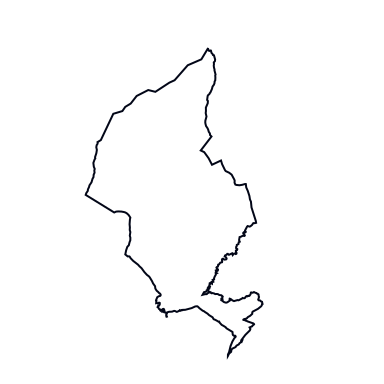 Buyant, Hovd, Mongolia (Equal Earth projection), rotated 111°
{"feature_id": "93677404B7788562092433", "entity_name": "Buyant", "entity_type": "district", "adm_level": 2, "iso_a3": "MNG", "parent_name": "Mongolia", "parent_adm1": "Hovd", "projection": "equal_earth", "projection_center": [92.174, 47.985], "detail": "fine", "context": "isolated", "style": "outline", "palette": "ink", "viewbox_px": 384, "rotation_deg": 111, "n_neighbors": 0, "source": "geoboundaries", "source_scale": "gbopen_adm2", "svg_char_len": 6053}
<svg xmlns="http://www.w3.org/2000/svg" viewBox="0 0 384 384"><g transform="rotate(111 192 192)"><path d="M306.2,186.3L308.6,185.6L308.1,184.9L308.3,183.9L307.1,183.1L307.1,182.4L308.1,181.9L309.4,181.9L310.2,182.2L310.4,182.8L311.8,182.9L312.1,181.9L313.0,180.9L313.0,179.9L313.9,179.3L314.1,178.6L313.6,178.6L311.6,177.2L311.3,176.6L311.6,176.0L312.7,175.2L313.1,175.6L313.8,175.8L313.6,176.4L314.3,176.5L314.1,175.8L314.3,174.7L313.9,173.2L314.3,172.8L314.3,172.4L316.2,172.0L317.4,171.3L317.2,170.9L318.1,170.1L316.2,171.8L315.5,172.0L313.3,171.9L312.6,171.3L311.9,170.2L310.9,167.8L309.4,166.1L309.2,165.0L309.4,163.4L308.9,162.6L307.6,161.6L307.4,161.0L306.8,161.0L306.9,160.1L306.6,159.8L306.1,159.7L306.1,159.3L305.8,159.1L305.8,158.7L305.4,158.5L305.1,158.0L305.1,157.3L304.7,156.9L304.4,156.1L300.5,150.7L297.7,148.0L296.9,146.4L296.8,145.9L297.1,145.0L297.8,143.5L299.0,139.5L299.0,138.2L299.4,136.9L300.0,133.9L300.8,132.0L301.6,127.9L303.0,126.2L303.0,124.5L303.4,121.5L303.6,120.9L303.6,120.5L303.3,120.1L304.0,119.5L305.4,116.7L305.7,114.5L306.2,112.1L306.9,111.0L308.1,104.3L308.2,104.0L310.3,103.0L310.9,102.4L311.2,101.1L310.9,100.7L311.1,100.4L310.8,100.0L311.1,99.5L311.7,99.4L313.3,100.1L317.1,100.7L322.0,100.8L328.3,100.0L330.8,100.2L332.2,99.7L331.6,99.6L331.1,99.8L326.9,98.7L327.4,98.3L327.2,98.2L325.3,98.6L323.9,98.3L321.2,95.8L319.5,95.4L317.5,93.7L316.3,93.5L315.0,92.7L314.3,92.6L314.3,92.0L312.3,91.9L312.4,92.3L313.2,92.8L312.8,92.9L306.3,91.0L300.5,88.4L298.9,88.4L297.8,89.7L295.8,87.7L295.0,87.6L293.3,86.6L293.1,86.7L292.7,87.6L292.9,94.0L292.7,94.9L292.9,96.0L292.6,97.2L293.0,98.1L292.7,98.3L291.9,97.7L291.2,96.5L290.2,95.5L288.9,95.1L286.8,93.4L284.2,92.1L282.7,92.6L281.9,92.4L277.4,88.5L273.6,86.3L273.8,85.9L273.4,86.2L271.8,86.4L271.1,86.5L271.0,86.2L269.4,87.3L269.4,88.5L268.9,89.3L269.2,90.9L268.8,91.6L266.0,91.8L265.2,92.5L263.8,93.2L263.5,94.1L263.7,94.5L263.2,95.7L263.4,96.6L263.2,98.3L264.3,99.2L264.5,100.6L264.8,101.0L266.5,100.7L268.4,101.2L268.8,101.8L268.7,102.2L269.6,103.0L269.4,103.3L269.5,103.6L270.4,104.3L271.9,104.6L272.3,104.9L272.8,106.1L272.8,106.8L273.5,107.1L276.2,109.5L276.5,109.9L276.6,110.8L278.8,113.7L278.7,115.6L278.4,116.3L278.6,117.0L278.0,117.5L278.1,118.6L278.5,118.6L279.2,118.1L279.1,117.8L279.7,117.7L282.2,119.4L282.8,120.0L283.2,120.9L283.3,122.6L282.7,124.9L281.8,125.6L282.3,125.6L282.4,125.9L281.5,126.2L281.5,125.6L281.7,125.0L281.6,124.9L280.9,125.4L279.5,125.8L279.3,126.2L278.5,126.0L277.9,127.5L278.4,129.7L278.1,130.7L278.2,132.0L279.0,133.8L278.8,134.9L279.0,136.7L279.5,137.3L279.4,138.2L278.9,138.7L279.3,139.0L279.4,139.7L278.9,140.2L278.6,140.9L280.1,140.4L280.8,141.1L282.0,141.6L282.4,142.3L282.5,142.9L284.2,145.3L281.2,144.9L280.2,143.4L279.4,142.9L278.5,143.1L277.6,142.4L276.1,142.9L275.1,142.7L275.1,142.4L276.4,141.5L276.0,141.2L274.0,141.3L274.2,142.1L273.8,142.4L273.1,142.1L272.1,142.5L271.6,142.2L271.2,142.7L270.8,142.8L270.4,142.4L270.2,141.4L270.4,140.5L270.1,140.6L269.0,141.6L268.8,141.5L268.2,139.9L267.0,140.4L266.6,141.1L265.5,140.1L264.7,140.5L262.6,140.5L261.3,140.2L259.6,140.3L259.0,139.8L258.9,140.9L257.9,140.6L257.3,141.4L256.7,141.7L256.4,141.3L256.7,140.3L256.2,139.8L255.6,139.8L255.0,140.0L254.5,141.4L253.8,142.1L253.3,142.0L252.3,141.1L250.5,141.5L250.1,140.9L247.9,140.3L246.8,138.8L246.1,138.9L244.5,139.8L243.6,139.7L243.1,139.1L243.6,137.7L242.7,136.0L242.3,135.8L241.8,135.8L241.2,136.3L240.6,137.2L240.4,138.4L239.4,138.4L238.3,137.3L237.1,136.9L236.9,136.3L237.3,135.6L237.4,135.0L234.9,132.6L236.3,131.4L234.4,130.7L234.0,129.8L234.3,129.0L234.0,128.6L233.6,128.4L232.9,128.6L232.2,129.5L231.1,130.0L230.1,129.2L229.1,129.2L228.9,129.6L228.9,130.5L227.6,131.1L226.3,130.9L225.3,131.2L224.0,130.0L222.2,130.4L221.3,129.6L220.1,130.8L217.0,131.4L216.3,130.4L214.6,128.9L214.3,127.4L213.8,127.1L212.6,128.2L212.3,129.3L211.8,129.5L210.8,129.1L210.5,128.7L210.5,127.7L210.1,127.5L209.8,127.6L209.4,128.6L208.9,128.7L204.8,128.2L203.9,127.9L203.6,125.7L203.1,125.2L201.4,124.2L199.1,123.6L198.6,122.2L197.8,121.1L196.1,122.1L185.1,130.9L179.9,133.5L178.2,135.2L175.1,137.0L171.0,140.3L168.3,143.0L165.3,144.6L165.5,145.3L167.3,147.7L168.7,150.1L169.5,153.1L169.5,154.2L168.1,155.6L166.2,156.2L165.3,156.9L161.6,161.2L160.7,164.2L160.4,168.0L159.8,169.0L155.2,173.9L152.2,176.2L159.4,183.1L154.5,188.6L150.4,194.9L150.1,198.7L133.2,193.7L132.3,195.6L130.9,196.3L129.8,197.9L127.8,199.4L126.7,200.6L125.4,202.5L123.6,203.8L122.4,204.5L120.6,205.1L116.4,205.5L113.4,207.5L111.4,208.0L108.2,209.3L103.5,209.1L101.3,209.8L100.6,210.9L96.7,211.8L95.6,211.6L94.5,210.9L93.2,210.8L92.6,210.5L88.7,210.3L86.2,210.6L84.0,210.0L82.4,210.0L80.7,210.5L79.5,210.3L77.0,211.1L74.8,212.1L73.9,212.1L70.4,214.6L69.5,214.9L67.9,216.1L66.2,217.0L64.8,217.3L63.2,218.1L61.6,217.5L60.0,217.9L56.5,220.5L56.6,221.5L55.9,222.1L55.1,223.7L53.2,225.0L53.3,225.6L54.1,226.4L54.0,227.0L52.8,228.3L51.8,228.5L64.8,230.8L75.2,241.4L93.9,248.3L98.0,252.3L111.6,262.1L112.5,269.4L122.2,278.1L131.4,280.9L136.4,284.8L141.4,286.0L147.2,293.5L176.2,295.7L179.3,298.1L180.0,297.6L181.3,297.5L182.4,297.8L184.5,297.4L186.8,295.9L190.1,295.2L194.2,295.0L195.4,294.3L196.5,294.6L200.2,294.5L203.6,292.7L205.3,291.1L206.9,290.9L208.9,289.9L211.1,290.0L213.5,289.3L215.2,289.6L219.0,289.3L222.5,290.1L224.3,289.9L226.8,290.1L228.3,289.7L230.9,290.3L232.8,290.2L239.0,257.3L237.5,255.8L236.6,254.0L235.6,251.0L235.1,248.4L235.0,247.0L235.2,245.4L236.1,243.1L237.1,241.6L238.0,240.4L239.9,240.1L244.5,238.7L247.3,237.3L249.8,236.5L251.5,235.2L255.1,234.4L256.7,233.2L259.2,232.3L261.2,232.3L264.4,231.9L266.2,232.7L267.2,232.7L270.0,232.6L274.2,231.9L275.2,228.9L274.6,227.7L274.7,227.0L275.8,225.6L277.4,222.2L279.2,216.3L280.2,214.4L281.2,211.8L283.8,207.8L285.5,204.4L286.2,202.0L286.8,200.9L289.6,197.3L291.3,195.6L293.2,192.7L295.0,191.8L295.9,190.9L296.9,189.4L297.5,187.6L298.0,186.8L298.3,185.5L298.9,184.6L299.5,184.3L300.3,184.4L301.3,185.7L302.6,186.7L305.7,186.8L306.2,186.7L306.2,186.3Z" fill="none" stroke="#020617" stroke-width="2"/></g></svg>